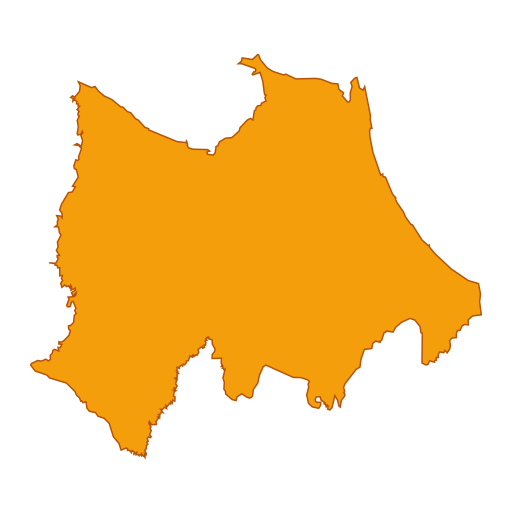 outline of Indramayu, Jawa Barat, Indonesia
{"feature_id": "22746128B59462811669242", "entity_name": "Indramayu", "entity_type": "district", "adm_level": 2, "iso_a3": "IDN", "parent_name": "Indonesia", "parent_adm1": "Jawa Barat", "projection": "equal_earth", "projection_center": [108.112, -6.449], "detail": "fine", "context": "isolated", "style": "filled", "palette": "amber", "viewbox_px": 512, "rotation_deg": 0, "n_neighbors": 0, "source": "geoboundaries", "source_scale": "gbopen_adm2", "svg_char_len": 5931}
<svg xmlns="http://www.w3.org/2000/svg" viewBox="0 0 512 512"><path d="M481.3,314.8L479.6,301.7L480.5,294.2L478.5,283.6L468.3,280.6L451.5,269.2L435.1,253.9L429.5,247.2L429.3,245.0L428.1,245.5L421.9,239.9L412.2,224.5L411.0,224.6L405.5,216.9L403.5,212.1L397.0,202.5L395.4,199.2L395.9,198.0L392.6,194.3L385.4,177.1L383.0,176.6L382.7,174.0L380.6,175.0L372.9,152.3L369.9,136.6L369.6,130.5L370.4,128.3L371.9,128.3L370.2,119.4L370.5,115.9L364.7,86.7L363.1,90.1L359.5,88.0L356.9,77.4L354.7,78.2L350.8,82.4L352.1,86.4L350.3,92.8L350.3,100.1L349.0,102.0L347.7,102.0L342.4,96.0L343.6,92.9L338.9,89.4L337.9,83.9L331.6,83.3L321.3,79.3L315.7,78.4L295.8,78.9L285.8,74.2L283.4,74.9L272.8,71.4L267.2,67.9L260.7,60.1L258.5,54.7L257.6,54.6L252.5,59.5L242.1,57.9L241.4,61.3L238.4,63.7L241.7,63.7L254.9,68.4L255.8,69.4L255.3,71.6L253.7,71.9L252.3,74.3L252.9,74.9L260.1,72.4L262.8,81.3L264.3,93.0L265.1,95.2L266.1,95.2L264.9,97.8L266.1,100.9L261.5,103.2L260.8,105.5L257.9,105.7L256.2,107.5L255.7,109.8L254.3,111.0L252.9,120.0L250.4,118.4L247.2,120.1L240.1,127.6L239.2,131.0L232.0,137.5L225.2,138.3L219.4,141.9L217.9,145.7L216.0,146.6L215.2,152.7L213.3,155.1L207.5,154.3L206.9,152.0L209.7,151.1L207.6,149.6L192.8,149.2L188.6,147.8L187.2,145.8L187.6,144.4L186.5,141.1L185.8,142.6L177.1,141.6L148.9,130.0L148.6,128.7L144.8,127.3L138.5,120.3L135.5,118.7L130.8,112.8L127.2,111.5L122.9,107.1L120.6,106.8L112.1,99.7L104.3,96.0L98.2,90.9L95.0,86.5L91.5,87.6L78.4,81.8L80.2,85.7L79.5,91.5L74.7,97.1L72.5,95.8L70.7,97.5L73.1,98.3L72.9,101.1L74.8,98.8L74.7,100.2L76.9,101.5L76.5,103.8L78.2,103.9L78.0,105.9L79.6,106.2L77.0,109.6L79.0,111.3L77.9,113.8L78.2,115.6L79.3,116.1L77.2,120.3L78.3,126.8L77.2,133.7L77.8,135.0L80.8,134.3L82.3,131.3L82.9,132.8L80.7,134.9L82.6,140.6L81.3,146.2L77.1,143.6L74.7,144.9L78.6,145.4L81.5,148.4L78.6,156.8L78.8,159.5L77.7,160.5L75.8,159.8L73.8,166.1L74.4,168.8L76.2,169.3L78.3,177.0L72.5,186.3L75.3,186.8L73.0,190.7L72.1,192.0L68.4,192.6L61.7,203.8L59.6,209.9L62.1,213.6L62.2,217.9L60.7,216.1L56.7,215.6L58.4,219.3L57.3,221.5L57.5,224.7L55.0,226.8L58.5,226.9L59.4,232.6L61.0,235.0L57.4,242.2L58.1,246.7L56.4,250.6L59.5,255.5L57.2,255.5L57.1,257.2L58.4,258.6L55.7,263.3L49.1,262.8L54.6,263.5L55.1,265.1L57.1,265.3L57.7,267.9L59.7,267.7L59.8,275.9L62.4,275.5L61.5,278.7L62.6,280.6L60.7,283.3L61.8,287.3L64.8,285.0L66.6,286.6L68.5,285.9L69.9,287.9L70.6,285.1L71.7,286.9L71.0,290.3L75.2,288.1L75.4,290.0L71.5,292.8L73.1,296.1L76.2,292.6L75.7,295.2L74.1,296.6L68.0,297.1L69.1,299.1L66.7,305.3L67.4,306.8L70.2,306.6L71.6,301.9L73.1,301.4L75.9,308.2L74.7,310.7L76.1,313.3L74.3,315.5L73.6,322.3L70.8,325.3L68.4,325.9L68.8,329.3L70.4,330.7L69.0,335.3L63.8,340.8L60.8,342.3L59.0,341.6L58.8,344.0L61.9,344.3L60.4,347.5L58.0,347.4L58.8,350.9L54.3,349.3L52.8,350.6L52.2,353.4L50.2,355.3L50.5,359.3L48.4,360.9L45.8,359.2L41.5,361.1L37.7,360.5L31.3,363.6L30.7,365.2L35.2,371.0L46.8,375.0L49.6,378.0L66.4,383.0L75.0,391.5L76.5,395.1L79.5,397.9L80.7,401.1L81.6,400.8L83.0,402.7L86.0,401.8L86.9,408.1L89.4,411.3L95.6,412.6L97.9,416.2L104.2,418.3L109.2,423.4L113.4,436.8L119.0,443.5L121.1,450.1L126.2,448.0L127.5,448.7L127.5,450.5L129.3,450.2L131.5,452.7L132.1,450.6L134.2,451.9L133.9,454.2L136.7,452.4L136.0,454.8L138.3,454.6L139.3,455.9L141.5,453.6L141.8,455.9L142.7,455.2L145.0,457.4L144.6,454.0L145.8,455.3L146.4,454.1L144.8,450.1L146.2,448.9L146.5,445.4L147.8,444.3L146.8,442.2L148.2,441.3L147.2,438.5L148.6,436.8L150.1,437.7L151.2,436.8L149.6,434.6L151.3,430.5L149.9,428.4L151.0,427.0L148.8,423.3L149.4,421.3L151.4,424.7L156.4,424.5L156.0,421.4L158.4,418.3L157.3,416.2L159.6,418.0L159.8,415.2L158.5,414.6L160.7,413.7L161.5,411.8L162.7,412.4L160.6,409.3L162.4,409.6L164.5,407.3L166.6,408.6L165.9,405.3L167.3,406.4L169.5,403.3L170.5,404.0L170.9,401.7L172.2,403.3L172.8,400.1L174.8,401.2L175.1,397.0L173.5,396.2L174.2,391.7L175.9,390.7L173.7,390.0L175.3,389.6L174.2,388.0L176.1,388.0L177.1,385.7L175.7,384.1L176.6,379.5L174.9,378.3L176.2,377.8L177.1,379.0L177.2,374.3L178.6,373.2L176.8,372.5L177.8,371.2L176.4,370.6L177.5,368.2L176.5,366.8L179.4,368.4L179.5,366.5L181.4,365.3L182.6,366.1L183.2,364.2L184.6,364.8L186.3,362.8L186.4,361.1L188.5,360.6L189.9,355.9L191.0,356.8L192.4,355.5L192.1,357.7L193.4,355.4L194.0,356.6L195.8,354.8L197.0,355.3L198.8,352.3L198.1,349.5L202.1,346.4L202.6,348.2L204.5,347.4L204.0,345.0L205.5,345.2L205.9,342.8L205.0,340.9L206.9,340.3L205.7,338.6L207.1,337.9L206.8,336.8L207.9,338.1L208.9,336.5L208.4,338.7L212.1,339.8L212.3,344.0L215.0,349.0L214.7,351.3L212.2,354.4L212.1,358.5L221.4,358.2L221.2,363.4L222.3,364.7L221.4,366.3L222.7,366.2L222.2,368.1L223.8,368.4L223.8,369.6L225.1,369.3L222.9,377.8L224.3,382.2L223.9,389.1L225.5,391.5L225.7,394.0L232.0,399.5L236.1,400.6L237.0,396.8L242.0,393.8L246.4,397.0L249.4,398.1L251.3,397.4L252.6,396.0L253.3,389.7L257.8,383.0L259.3,375.6L263.2,366.7L266.0,365.1L293.3,377.4L301.0,377.6L307.7,379.9L309.3,381.3L308.1,384.1L308.7,387.0L306.7,394.9L308.5,403.3L312.3,406.9L318.7,408.3L320.6,405.4L320.8,402.3L316.7,402.2L315.6,401.4L315.3,399.0L316.3,396.9L320.2,396.8L321.1,400.2L323.9,401.9L324.2,403.9L325.1,403.1L326.2,406.8L327.3,405.1L328.1,405.9L327.7,409.1L329.8,410.0L332.0,407.7L334.9,395.6L337.6,400.2L338.9,406.0L340.2,407.1L341.5,400.1L344.9,395.7L344.6,393.3L343.6,392.7L344.7,391.2L343.5,387.3L345.2,383.5L356.3,369.2L359.9,367.2L361.0,359.1L364.4,349.4L371.8,348.5L372.7,343.4L375.7,341.1L380.8,342.5L379.7,342.0L380.1,341.1L381.7,340.1L384.2,332.4L385.5,332.4L386.2,331.0L393.0,332.1L395.9,327.0L401.7,322.2L410.0,318.4L414.9,320.1L420.0,326.5L421.0,332.8L422.3,333.2L422.0,363.0L426.0,365.0L428.0,364.4L429.6,360.8L434.4,362.2L435.0,360.4L436.3,360.2L436.2,357.6L438.4,357.5L438.3,354.7L439.5,351.9L443.8,352.7L444.9,350.4L447.2,352.8L449.8,348.9L450.4,345.1L449.6,340.6L451.9,338.1L456.3,337.6L456.4,333.2L457.5,330.5L460.0,330.4L462.2,325.8L464.7,324.5L468.2,324.9L468.2,319.9L472.4,316.0L481.3,314.8Z" fill="#f59e0b" stroke="#b45309" stroke-width="1.5"/></svg>